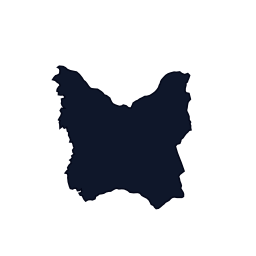 outline of Votuporanga, São Paulo, Brazil, rotated 63°
{"feature_id": "56859067B13648095605240", "entity_name": "Votuporanga", "entity_type": "district", "adm_level": 2, "iso_a3": "BRA", "parent_name": "Brazil", "parent_adm1": "São Paulo", "projection": "mercator", "projection_center": [-50.002, -20.446], "detail": "fine", "context": "isolated", "style": "filled", "palette": "ink", "viewbox_px": 256, "rotation_deg": 63, "n_neighbors": 0, "source": "geoboundaries", "source_scale": "gbopen_adm2", "svg_char_len": 3045}
<svg xmlns="http://www.w3.org/2000/svg" viewBox="0 0 256 256"><g transform="rotate(63 128 128)"><path d="M124.9,58.0L122.9,60.4L121.0,60.4L118.6,59.1L116.1,56.9L114.2,56.0L113.9,54.3L112.5,52.9L111.3,51.4L109.1,49.2L106.6,50.0L106.2,53.3L103.8,55.4L101.5,56.4L100.4,59.5L99.1,61.6L98.3,65.4L98.0,67.8L98.3,70.5L99.3,73.4L100.4,76.1L101.4,77.6L102.9,78.9L104.1,80.6L105.8,82.3L107.0,84.4L108.1,87.1L108.6,89.6L108.9,92.1L109.0,94.0L108.4,96.8L107.5,98.8L107.6,101.3L107.5,104.5L107.9,106.5L107.7,108.7L108.1,112.0L109.4,113.4L111.6,116.2L110.3,118.4L107.4,119.6L105.4,121.8L105.6,123.6L104.9,125.8L103.4,127.4L101.4,129.2L99.4,130.6L97.6,130.9L95.4,130.9L93.1,130.7L91.2,131.6L89.4,132.5L87.8,134.2L85.7,134.5L83.8,135.2L81.3,136.6L79.7,137.5L78.0,140.3L76.9,142.0L75.7,143.4L73.0,144.2L69.5,144.6L67.3,145.1L65.5,146.0L62.6,146.2L60.5,146.6L58.1,147.1L56.4,147.8L54.8,148.4L52.3,151.5L50.7,153.5L48.3,155.5L45.9,156.4L43.9,157.8L42.8,159.4L41.7,161.2L42.0,163.2L43.8,162.0L46.0,162.5L48.7,164.3L48.9,166.9L48.6,168.8L49.4,170.9L50.7,173.2L52.5,171.2L55.2,170.2L57.1,169.0L59.4,169.1L60.0,171.2L61.3,173.4L62.9,174.6L64.3,173.4L66.7,174.9L68.0,173.1L69.0,170.8L71.3,170.0L72.6,171.0L72.0,174.1L74.3,174.9L75.8,176.1L78.1,176.4L81.6,175.4L80.3,178.3L81.7,180.5L84.7,180.3L86.6,182.2L88.1,184.6L89.2,186.2L90.8,185.2L91.8,186.6L93.6,187.0L95.2,187.7L97.3,188.7L96.6,185.4L99.2,184.9L99.5,182.4L101.4,182.8L103.3,183.4L104.9,182.7L107.5,184.2L109.9,184.2L112.2,184.4L114.0,186.2L115.3,184.0L117.5,184.3L119.3,184.8L121.3,184.9L122.6,187.4L124.8,188.0L126.8,187.5L127.3,190.8L129.1,190.9L129.9,192.6L130.2,194.4L131.7,193.8L133.5,194.7L134.4,197.4L136.0,199.8L138.1,200.1L138.5,202.1L139.6,204.4L141.2,202.6L143.2,203.1L145.0,204.2L146.6,204.8L148.9,205.7L151.4,206.2L153.4,206.6L155.7,206.8L157.2,205.1L157.2,203.2L158.4,201.3L160.9,201.5L161.6,199.5L161.2,197.4L163.1,197.9L164.3,199.0L163.9,201.2L166.1,201.1L167.6,199.3L169.3,199.5L171.5,199.5L173.9,198.9L173.7,196.4L174.5,194.2L175.9,192.3L176.1,189.6L174.1,187.8L174.2,186.0L173.7,183.6L174.6,181.1L175.1,179.1L174.9,176.7L175.5,174.0L176.4,172.0L176.2,170.0L176.1,167.1L176.6,165.2L178.1,163.8L179.1,161.2L180.5,158.9L182.1,157.6L183.5,156.5L186.1,155.4L188.2,152.3L188.9,150.6L189.9,148.4L191.6,146.8L194.3,146.2L196.3,144.9L199.0,142.9L201.7,141.9L204.3,141.8L206.6,141.9L208.7,140.3L210.5,140.2L212.6,139.5L213.3,137.3L212.9,134.9L212.2,132.3L211.9,130.5L211.1,128.4L211.1,126.6L211.0,124.3L210.1,121.8L209.9,119.7L210.6,117.8L212.1,115.8L213.3,113.4L214.3,111.5L214.2,109.7L212.1,108.5L210.3,108.2L207.7,108.4L205.6,108.5L203.7,106.7L202.0,106.3L198.8,106.0L196.5,105.3L194.2,105.0L192.9,103.0L191.9,97.6L182.9,96.4L179.5,96.1L172.7,95.4L165.7,94.1L164.6,91.7L165.2,88.8L163.6,87.0L162.2,86.0L161.6,83.3L160.5,81.4L159.2,78.7L158.7,76.7L157.8,74.7L158.3,72.7L156.3,72.2L154.3,71.1L152.4,70.9L151.2,69.6L148.5,69.9L145.4,68.4L142.4,68.1L140.3,68.1L138.7,67.8L136.9,66.3L135.1,65.1L133.2,63.7L131.9,62.4L130.7,59.3L124.9,58.0Z" fill="#0f172a" stroke="#020617" stroke-width="1.5"/></g></svg>